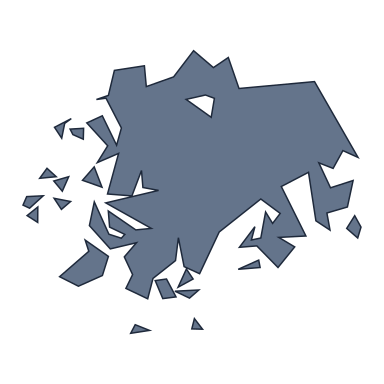 the border of South Jeolla
{"feature_id": "KOR-2506", "entity_name": "South Jeolla", "entity_type": "Metropolitan City", "adm_level": 1, "iso_a3": "KOR", "parent_name": "South Korea", "parent_adm1": "", "projection": "albers", "projection_center": [126.652, 34.734], "detail": "medium", "context": "isolated", "style": "filled", "palette": "slate", "viewbox_px": 384, "rotation_deg": 0, "n_neighbors": 0, "source": "natural_earth", "source_scale": "10m", "svg_char_len": 1878}
<svg xmlns="http://www.w3.org/2000/svg" viewBox="0 0 384 384"><path d="M358.0,157.4L342.9,150.6L333.1,168.4L318.8,162.8L330.5,187.8L353.1,180.5L347.4,207.0L326.9,213.0L330.0,230.1L315.9,220.8L308.5,172.3L281.3,186.5L305.9,236.0L278.8,237.4L294.7,246.9L278.0,267.5L256.8,245.9L239.4,247.3L254.9,226.7L251.4,240.0L260.8,238.0L265.6,212.0L272.6,223.4L280.2,213.4L260.8,199.0L219.2,232.0L199.6,273.7L184.1,266.6L178.4,237.7L175.5,260.6L153.0,278.4L147.7,298.8L125.9,288.4L132.6,274.6L124.3,256.9L136.5,242.7L110.3,248.9L89.4,225.6L94.3,201.9L108.9,234.2L121.3,238.2L124.8,234.4L109.6,227.1L108.3,211.0L135.8,229.9L151.3,228.4L105.8,202.9L158.6,190.4L142.9,187.5L141.5,170.5L131.9,195.9L107.5,194.0L118.6,153.4L97.3,162.6L107.7,145.8L86.8,122.9L102.3,115.8L116.6,145.2L121.4,128.0L106.0,98.2L96.4,99.5L108.4,95.4L114.4,70.4L144.4,65.8L146.3,86.6L173.6,76.9L193.6,50.7L213.4,67.6L228.3,57.5L239.0,88.5L314.5,81.6L358.0,157.4ZM214.4,98.3L205.4,95.0L186.1,99.4L211.2,117.3L214.4,98.3ZM108.4,256.4L102.4,275.5L78.4,286.2L59.6,276.7L88.8,251.3L85.2,240.1L108.4,256.4ZM176.0,296.9L162.8,298.6L155.2,280.6L166.5,279.0L176.0,296.9ZM238.2,269.3L258.7,260.1L260.1,267.5L238.2,269.3ZM354.7,215.7L361.0,227.1L357.7,238.0L346.7,228.4L354.7,215.7ZM61.7,138.2L54.5,127.3L71.3,118.6L64.7,123.4L61.7,138.2ZM94.2,166.9L102.0,187.2L82.5,180.3L94.2,166.9ZM178.1,287.2L186.4,269.0L193.1,279.0L178.1,287.2ZM43.2,195.8L29.6,208.2L23.0,205.1L26.7,196.6L43.2,195.8ZM47.0,168.3L56.2,176.7L39.7,178.3L47.0,168.3ZM70.6,201.5L61.4,209.4L54.1,198.3L70.6,201.5ZM37.8,207.0L37.7,222.4L27.1,215.6L37.8,207.0ZM62.3,191.2L53.8,181.0L68.7,176.7L62.3,191.2ZM83.3,139.2L72.9,134.6L70.1,129.1L83.6,128.3L83.3,139.2ZM198.8,290.0L189.5,298.1L174.9,291.2L198.8,290.0ZM194.4,318.6L202.5,329.2L191.8,328.9L194.4,318.6ZM135.2,324.7L149.5,330.4L130.7,333.3L135.2,324.7Z" fill="#64748b" stroke="#1e293b" stroke-width="1.5"/></svg>